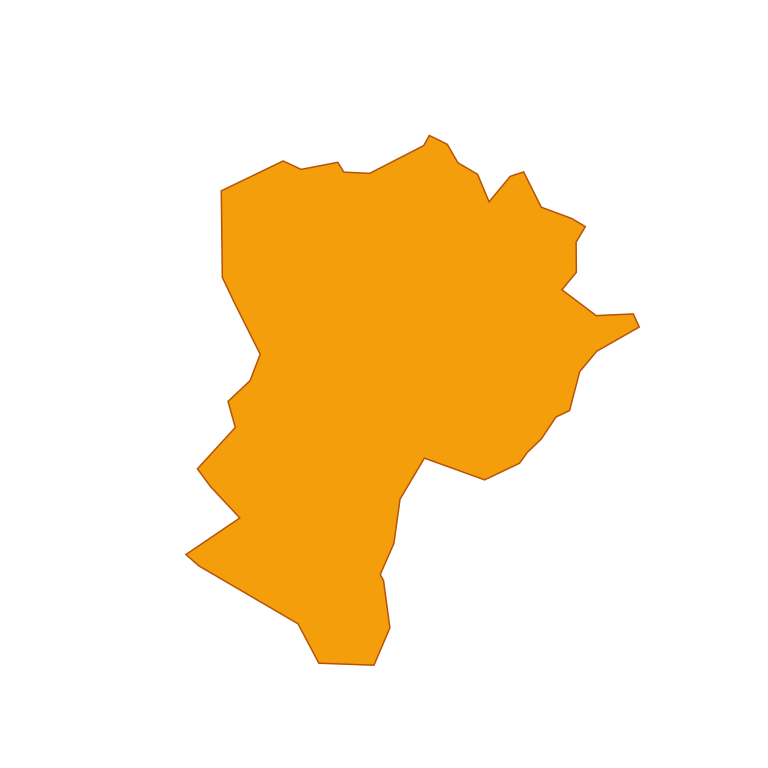 Lee, South Carolina, United States of America, rotated 63°
{"feature_id": "52423323B63410184829220", "entity_name": "Lee", "entity_type": "district", "adm_level": 2, "iso_a3": "USA", "parent_name": "United States of America", "parent_adm1": "South Carolina", "projection": "robinson", "projection_center": [-80.251, 34.159], "detail": "fine", "context": "isolated", "style": "filled", "palette": "amber", "viewbox_px": 768, "rotation_deg": 63, "n_neighbors": 0, "source": "geoboundaries", "source_scale": "gbopen_adm2", "svg_char_len": 806}
<svg xmlns="http://www.w3.org/2000/svg" viewBox="0 0 768 768"><g transform="rotate(63 384 384)"><path d="M335.2,133.2L321.9,141.5L297.9,163.6L258.4,163.3L256.3,177.3L269.4,207.7L239.7,205.4L220.4,217.7L199.2,218.8L183.1,230.8L189.6,240.4L189.8,301.2L177.0,323.6L165.5,324.5L155.1,360.5L139.5,372.6L138.0,441.3L215.5,479.6L243.0,480.4L301.3,480.8L320.2,501.8L328.7,530.9L355.2,536.2L374.9,588.8L396.9,585.1L437.9,573.3L446.0,637.9L462.1,631.5L558.6,569.5L603.2,568.8L630.0,520.6L604.0,489.5L559.1,473.7L552.0,473.8L530.6,447.6L493.9,422.0L468.4,381.7L515.1,337.9L516.1,299.2L510.0,287.3L504.4,268.8L492.8,248.1L491.5,245.5L491.9,230.7L461.9,204.1L451.4,179.6L449.1,130.7L434.7,130.1L419.4,163.9L380.8,182.7L371.8,161.9L344.8,148.4L335.2,133.2Z" fill="#f59e0b" stroke="#b45309" stroke-width="1.5"/></g></svg>